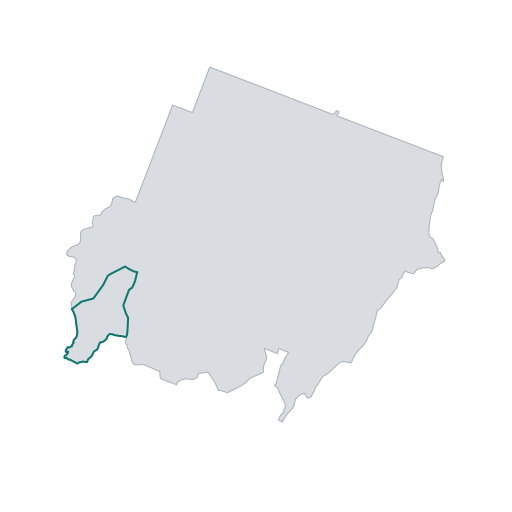 Southern Darfur on a map of Sudan (Robinson projection), rotated 21°
{"feature_id": "SDN-5856", "entity_name": "Southern Darfur", "entity_type": "State", "adm_level": 1, "iso_a3": "SDN", "parent_name": "Sudan", "parent_adm1": "", "projection": "robinson", "projection_center": [24.503, 10.891], "detail": "fine", "context": "in_parent", "style": "outline", "palette": "teal", "viewbox_px": 512, "rotation_deg": 21, "n_neighbors": 0, "source": "natural_earth", "source_scale": "10m", "svg_char_len": 5891}
<svg xmlns="http://www.w3.org/2000/svg" viewBox="0 0 512 512"><g transform="rotate(21 256 256)"><path d="M340.2,401.4L336.2,401.4L335.7,400.3L335.8,397.4L336.2,395.2L337.7,391.7L337.3,389.7L337.5,387.0L336.4,383.9L326.7,374.9L324.8,372.4L319.7,370.1L320.5,367.6L318.3,349.2L319.3,347.1L319.6,343.9L319.5,341.0L320.7,336.3L320.8,334.3L310.6,334.2L310.5,336.2L311.0,338.5L311.0,339.4L296.8,339.4L302.5,346.7L302.8,349.8L302.5,353.8L302.6,356.3L303.0,357.9L304.5,361.2L304.4,361.8L304.1,362.6L294.1,372.2L292.4,376.6L291.1,379.0L288.2,382.9L279.0,393.2L277.5,393.9L270.5,394.2L269.8,394.5L269.3,395.0L269.0,394.9L263.0,388.8L252.8,381.6L246.2,385.3L244.3,386.7L244.3,390.2L243.3,392.0L241.5,393.9L236.6,395.2L234.0,396.2L231.0,398.2L228.0,401.5L227.8,403.2L228.1,404.7L211.1,404.7L209.9,403.4L207.4,398.0L205.7,398.3L190.2,397.7L187.9,398.3L183.5,400.5L181.3,400.9L179.0,399.9L170.8,389.1L169.0,387.9L167.2,385.3L165.4,384.2L164.8,383.4L164.6,382.2L164.7,379.9L164.1,378.4L162.8,378.1L151.8,380.6L150.3,380.3L148.0,380.7L147.2,381.2L146.2,382.6L146.1,385.5L145.8,387.0L145.0,388.6L141.8,392.2L141.1,393.8L141.3,397.8L141.1,399.8L140.6,400.8L139.3,402.3L138.8,403.2L138.2,408.3L136.5,411.4L136.1,412.5L136.0,414.7L135.7,415.4L130.8,417.2L128.9,418.3L127.8,420.0L127.5,420.8L125.4,420.2L122.7,419.7L117.5,419.2L115.4,418.4L114.4,417.1L114.7,414.0L114.2,413.4L113.4,412.8L112.8,411.5L112.9,409.9L115.7,406.3L116.2,404.4L117.0,395.4L116.8,392.6L114.6,387.6L109.6,378.9L108.4,377.2L102.2,370.0L101.5,368.9L100.0,365.9L101.6,359.3L101.7,357.5L101.3,355.6L99.7,354.1L98.3,354.0L96.5,352.2L95.3,351.4L94.2,349.8L93.5,347.7L94.0,339.9L93.7,338.8L92.1,338.5L91.7,338.0L91.8,336.5L90.9,332.0L90.0,328.3L90.5,326.3L89.2,323.5L86.7,322.3L81.7,323.3L80.1,323.1L79.1,322.6L78.3,321.6L78.0,320.4L78.3,318.6L79.7,315.2L81.5,312.5L85.1,310.0L86.0,308.7L86.6,307.2L86.7,305.6L86.4,303.8L86.0,302.2L85.0,300.0L84.0,297.5L84.0,295.8L84.5,294.6L85.4,293.1L89.0,290.2L92.6,287.8L93.2,287.0L93.0,286.0L91.3,284.0L90.8,280.2L89.9,277.5L91.8,275.5L93.1,274.8L95.2,274.2L96.1,273.3L96.3,271.7L96.3,270.2L97.0,269.0L98.1,266.6L98.9,265.5L101.7,262.6L102.3,260.8L102.5,259.0L101.7,253.6L103.3,251.3L105.4,249.5L108.3,249.6L112.9,249.2L116.0,248.4L118.2,248.4L123.3,249.4L123.8,249.0L124.1,247.6L124.1,144.9L144.9,144.9L145.2,144.8L145.1,96.2L276.2,96.3L277.3,96.1L279.3,91.5L280.2,91.2L281.6,91.5L282.0,92.5L281.0,96.2L395.4,96.2L395.8,101.8L396.8,106.2L400.2,112.5L403.0,116.0L404.0,117.8L404.1,118.7L404.0,119.5L403.2,118.6L401.7,118.0L401.6,120.9L402.4,127.0L403.6,131.3L402.9,135.2L403.1,141.9L404.7,149.9L404.5,155.0L407.1,166.9L409.6,173.6L410.9,175.2L412.3,176.1L415.1,176.6L419.2,180.0L422.5,183.5L423.7,185.4L425.3,187.5L426.4,187.1L427.0,186.5L428.1,188.2L433.3,191.7L434.0,193.4L432.2,195.0L430.2,197.8L429.2,200.4L428.6,201.2L427.0,202.9L426.7,203.6L426.0,204.1L425.2,204.2L423.4,205.1L421.9,204.8L420.3,205.3L419.7,205.9L418.5,206.4L416.8,206.7L414.1,208.9L411.8,210.0L411.1,210.9L409.9,215.2L409.1,216.4L405.6,216.5L403.9,216.9L401.6,216.4L400.5,216.4L400.3,217.4L399.9,221.1L400.0,222.7L398.1,227.0L398.8,235.0L397.1,241.0L396.8,242.4L395.0,247.1L394.1,248.9L391.8,257.8L390.9,260.5L388.9,263.4L391.3,284.7L389.6,291.2L389.7,294.8L388.6,300.0L387.7,302.4L386.2,305.4L384.9,308.7L383.8,313.0L383.2,321.2L382.8,321.9L376.7,322.9L374.8,323.5L373.5,324.4L371.9,326.5L368.9,332.3L367.3,335.8L364.7,340.7L361.8,344.1L361.2,345.7L360.7,348.8L359.7,353.7L358.7,357.2L358.9,360.0L358.0,364.9L358.2,367.3L357.1,368.6L355.7,369.8L354.8,370.1L350.5,366.9L347.5,369.1L345.6,372.3L344.2,375.4L345.1,382.2L345.0,383.7L344.6,385.3L341.9,391.9L341.0,394.9L340.2,400.2L340.2,401.4Z" fill="#d9dde1" stroke="#a8b0b8" stroke-width="1"/><path d="M116.4,402.1L116.2,401.8L116.1,401.5L116.2,400.8L116.1,400.4L115.9,399.8L115.9,399.6L116.2,398.9L117.0,397.5L117.2,396.8L117.4,395.8L116.7,391.6L116.3,390.6L112.7,384.1L109.2,377.6L105.3,373.3L103.1,371.6L109.3,361.3L114.8,357.3L119.4,353.9L123.7,337.8L124.6,328.8L124.6,328.1L125.0,327.1L126.3,325.3L137.5,312.8L144.0,313.9L147.6,314.1L150.9,313.7L152.1,323.1L151.8,329.8L149.6,333.1L149.8,349.7L155.1,356.2L158.7,359.5L161.8,368.7L163.8,375.4L163.7,378.1L162.5,378.4L162.1,378.6L161.9,378.7L161.7,378.7L160.8,378.7L160.7,378.7L160.4,378.8L159.9,378.9L159.2,378.9L158.2,379.2L156.6,379.8L156.2,379.9L155.1,379.9L154.9,379.9L154.6,380.0L154.3,380.1L154.1,380.2L153.9,380.3L153.6,380.3L153.3,380.3L153.1,380.4L152.7,380.6L152.3,380.6L152.2,380.6L151.8,380.7L151.7,380.7L151.2,380.5L150.9,380.4L150.7,380.5L150.4,380.6L150.2,380.6L149.9,380.6L149.3,380.8L149.1,380.9L148.6,380.8L148.3,380.9L148.0,381.0L147.7,381.1L147.4,381.3L147.2,381.6L146.1,384.2L146.1,384.5L146.1,384.9L146.1,385.1L146.3,385.5L146.4,385.8L146.4,386.1L146.1,386.9L145.5,388.2L145.4,388.7L145.2,389.1L145.1,389.4L144.8,389.7L144.2,390.6L143.9,391.0L143.2,391.5L142.4,392.2L142.2,392.3L141.8,392.4L141.6,392.4L141.5,392.5L141.4,392.7L141.3,393.2L141.3,399.7L141.3,400.0L141.1,400.5L139.8,402.2L139.2,402.8L139.0,403.1L138.9,403.6L138.5,408.2L138.5,408.3L138.4,408.6L136.4,412.3L136.3,412.7L136.3,412.8L136.3,415.4L136.2,415.6L134.9,416.1L133.0,416.3L132.5,416.4L130.1,418.1L129.5,418.5L128.2,419.5L128.1,420.1L126.8,420.4L124.5,420.0L123.9,420.1L123.5,420.0L122.7,419.6L121.5,419.8L120.1,419.4L119.4,419.4L118.7,419.8L118.4,419.9L117.7,419.7L117.0,419.7L116.7,419.6L116.4,419.3L116.0,419.2L115.7,419.1L115.3,419.2L115.0,419.4L114.5,419.8L114.2,419.9L113.7,419.7L113.4,419.2L113.2,418.5L113.2,417.9L113.5,417.3L114.4,416.2L114.8,415.5L115.0,414.1L115.1,413.3L114.9,412.7L114.5,412.7L113.7,413.6L113.1,413.7L112.6,413.3L112.3,412.8L112.2,412.2L112.7,409.1L112.8,408.9L113.1,408.5L113.4,408.4L114.1,408.4L114.4,408.3L114.7,408.1L115.2,407.6L116.0,406.4L116.3,406.2L116.5,405.9L116.4,405.5L116.2,404.8L116.2,404.4L116.8,402.5L116.8,402.3L116.6,402.1L116.4,402.1Z" fill="none" stroke="#0f766e" stroke-width="2"/></g></svg>